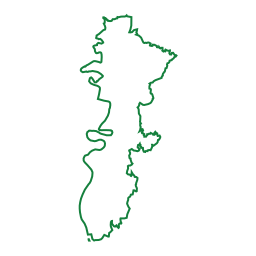 outline of Pirojpur, Barisal, Bangladesh
{"feature_id": "16705992B46028667424095", "entity_name": "Pirojpur", "entity_type": "district", "adm_level": 2, "iso_a3": "BGD", "parent_name": "Bangladesh", "parent_adm1": "Barisal", "projection": "mercator", "projection_center": [89.98, 22.515], "detail": "fine", "context": "isolated", "style": "outline", "palette": "green", "viewbox_px": 256, "rotation_deg": 0, "n_neighbors": 0, "source": "geoboundaries", "source_scale": "gbopen_adm2", "svg_char_len": 5762}
<svg xmlns="http://www.w3.org/2000/svg" viewBox="0 0 256 256"><path d="M87.9,234.6L91.3,234.3L92.4,239.0L94.1,240.5L95.2,240.1L98.6,240.0L101.0,239.3L102.2,238.2L104.3,234.9L108.2,236.6L108.8,236.5L109.2,232.9L110.3,232.2L112.3,230.1L110.9,226.6L110.7,225.0L110.9,222.1L111.5,221.1L112.0,221.0L111.9,223.0L112.1,223.9L113.9,226.2L115.0,226.6L116.4,225.4L117.4,227.0L118.5,227.9L118.9,227.4L118.9,226.0L118.7,225.8L118.8,224.4L119.6,223.5L121.1,223.6L121.4,223.1L120.6,221.2L120.4,219.0L120.6,218.4L124.4,218.4L126.7,217.8L127.3,214.3L129.7,208.6L128.4,206.7L127.1,203.7L127.4,202.1L128.2,199.8L128.2,198.1L128.9,197.3L130.1,196.6L130.8,194.7L132.7,194.4L133.5,190.3L134.2,190.3L135.6,191.2L136.3,191.4L136.7,191.2L136.9,188.2L135.9,186.1L135.7,184.8L136.1,184.3L136.1,183.3L137.3,179.9L137.5,178.0L136.3,177.0L134.7,176.9L134.3,175.6L133.0,174.4L131.7,172.2L131.6,175.4L131.1,176.0L130.7,175.8L130.3,174.7L128.1,174.4L126.8,173.2L127.2,170.9L128.1,168.5L127.9,166.1L128.6,165.6L130.3,165.5L131.8,164.6L132.5,163.6L131.7,162.9L131.3,161.8L130.6,159.7L130.6,158.6L129.7,158.3L129.5,158.0L129.2,155.5L130.1,153.9L130.1,152.6L129.2,150.8L129.2,150.4L131.8,149.0L133.7,150.5L135.5,150.7L137.4,151.2L138.7,150.7L139.2,150.0L138.9,148.2L137.7,147.5L137.7,146.7L138.1,145.0L139.0,144.9L139.8,143.7L140.0,144.5L140.4,144.8L140.2,145.1L140.2,146.2L141.0,146.6L141.1,147.6L141.4,147.3L141.6,147.8L142.9,147.9L143.1,149.9L143.8,151.7L145.0,151.9L145.0,151.5L145.5,151.1L147.5,151.1L147.6,150.4L148.2,150.2L149.4,150.0L150.6,150.2L152.0,147.3L152.3,145.7L152.1,144.8L152.4,144.8L152.7,145.6L153.4,145.8L156.9,143.2L157.6,142.2L158.0,140.0L158.9,139.8L159.4,139.2L159.6,138.4L160.1,137.9L160.3,136.9L159.6,135.5L158.3,135.5L158.0,136.0L157.7,136.0L157.0,134.0L157.2,133.4L155.8,132.5L155.3,131.8L154.4,132.9L155.1,134.2L154.4,134.8L153.2,134.7L153.1,134.2L150.7,132.9L150.1,133.8L149.0,133.7L148.5,134.1L147.2,134.2L147.2,135.2L146.5,135.7L146.1,136.6L144.3,136.7L144.2,135.5L143.8,135.2L144.0,134.7L144.3,134.4L144.3,134.1L143.8,133.8L143.1,133.6L142.9,133.2L142.1,133.2L141.8,132.6L143.1,130.4L142.5,129.1L142.0,129.1L141.6,130.0L139.6,131.2L140.1,130.1L140.7,127.0L140.2,125.7L140.2,123.8L140.9,123.5L140.0,121.9L140.2,120.3L140.4,116.1L138.9,113.6L138.7,109.6L138.3,108.4L137.6,107.4L138.5,106.6L139.2,105.0L139.3,103.8L140.0,102.8L142.9,104.8L144.2,105.0L148.1,104.1L150.3,103.1L151.1,102.4L152.8,99.4L152.6,99.0L153.4,98.1L152.3,94.5L151.7,93.7L150.9,93.6L150.5,92.9L150.9,89.9L150.8,89.3L150.6,89.0L149.4,88.6L149.4,86.5L149.7,85.3L150.2,84.7L150.0,83.9L149.6,83.6L150.7,82.8L152.7,82.5L153.6,81.3L155.4,80.2L161.6,77.9L161.8,76.6L162.8,75.6L162.6,75.2L163.0,73.7L163.5,73.2L163.8,72.4L164.8,71.6L165.5,68.3L166.6,68.0L167.3,65.6L167.0,64.6L167.4,63.3L168.5,63.0L169.3,62.1L169.6,60.7L171.6,60.2L171.6,59.7L173.6,58.4L174.3,57.1L175.7,56.6L176.0,56.2L175.6,55.8L176.3,55.4L176.1,55.2L174.6,55.0L173.1,52.8L171.9,52.9L171.2,54.5L170.0,54.4L169.3,53.1L170.0,50.8L169.9,50.4L169.3,50.7L168.4,50.8L167.3,50.5L165.5,49.6L165.2,50.1L165.5,51.0L165.3,51.4L163.9,51.1L163.4,51.5L162.3,50.6L162.6,49.7L162.5,47.8L161.2,47.8L160.5,48.4L159.9,48.2L159.0,46.9L158.9,47.3L158.4,47.4L157.0,47.2L156.8,45.9L155.4,45.4L154.7,44.8L152.9,44.7L152.7,45.6L152.0,46.0L150.1,45.6L149.9,45.5L149.9,45.1L150.7,43.9L150.6,43.5L148.7,42.5L147.5,42.6L146.7,43.0L145.7,42.7L144.5,43.0L143.6,42.7L143.0,41.8L141.1,37.6L138.9,35.6L136.1,34.6L137.1,33.8L136.3,32.2L136.8,31.3L137.1,29.3L134.0,30.1L132.1,32.1L130.4,32.4L129.3,32.3L130.4,29.5L131.3,25.6L131.4,17.1L127.1,16.3L126.6,15.4L125.9,16.1L124.9,16.5L121.1,16.6L118.7,17.2L117.5,17.0L117.2,18.3L116.6,18.3L114.6,19.2L112.7,19.2L111.6,20.9L110.1,21.1L107.8,20.8L107.6,20.6L107.6,20.1L107.0,20.0L106.6,19.1L105.3,18.0L104.3,18.0L103.9,17.3L103.3,17.4L103.3,18.1L104.2,18.8L104.8,19.9L104.7,22.7L104.5,23.2L103.8,23.5L105.0,26.1L105.4,27.8L105.1,29.5L103.4,30.1L99.0,34.0L96.6,35.5L96.6,36.2L96.1,38.0L96.4,38.3L98.1,38.7L98.8,39.2L100.2,38.9L101.5,39.9L103.1,42.1L103.2,42.6L101.6,43.6L98.3,42.9L97.1,44.0L97.0,45.1L94.6,45.5L93.6,46.0L93.3,46.6L93.5,47.3L94.8,49.1L95.0,51.2L95.9,52.9L96.6,53.2L97.9,53.0L99.0,52.4L100.1,52.3L100.9,52.6L101.2,52.9L101.6,54.6L101.7,57.1L101.4,61.9L100.9,62.4L100.3,62.6L98.9,62.0L95.6,61.2L94.2,61.1L93.4,61.3L88.0,64.7L86.4,65.4L85.6,66.4L85.0,66.7L84.6,66.4L82.9,67.4L81.3,68.6L80.8,69.8L80.8,70.5L81.4,71.4L82.8,72.2L86.5,71.5L87.1,71.9L88.1,71.8L88.9,71.4L90.4,71.4L92.6,71.0L96.9,71.8L98.1,72.2L100.9,74.0L102.8,75.8L102.8,76.3L102.4,76.9L99.2,79.2L97.7,81.0L97.1,81.0L96.8,81.8L96.1,82.3L94.7,82.3L92.2,78.3L91.1,77.4L89.9,78.2L89.1,81.2L90.0,82.5L91.0,83.5L94.1,84.9L97.3,85.8L98.6,86.5L99.4,87.1L99.9,87.9L99.9,89.5L99.0,94.5L97.9,99.0L104.1,100.7L108.6,101.5L109.7,102.2L110.2,103.3L110.3,105.1L109.9,107.9L109.3,109.1L109.0,112.4L107.9,115.7L105.0,120.7L102.1,123.6L100.6,125.6L98.9,128.8L98.9,129.5L99.5,130.0L101.3,130.2L105.5,130.1L110.9,130.3L111.1,130.7L111.9,130.9L112.4,132.3L112.0,133.7L110.9,135.2L106.8,135.3L101.2,133.8L99.6,133.1L99.1,132.4L98.1,132.1L96.2,131.1L93.5,130.8L92.0,130.9L89.7,130.6L88.9,130.8L88.7,131.2L87.5,131.9L86.8,133.6L86.8,134.4L87.4,137.3L88.6,138.9L90.5,140.4L94.7,141.2L96.3,140.9L99.0,139.8L101.0,139.7L102.8,140.4L104.0,141.1L104.5,141.8L105.0,143.4L104.8,145.6L104.5,146.4L103.7,147.5L101.8,149.1L100.8,149.7L99.4,150.0L95.2,149.4L92.2,150.6L90.0,152.2L88.0,154.7L85.1,155.6L84.5,156.4L83.6,158.4L83.7,160.6L84.0,161.2L84.8,162.4L87.6,165.3L91.3,169.6L92.4,172.0L92.5,172.9L92.2,176.5L90.7,181.2L89.5,183.3L88.7,184.1L84.9,189.6L82.6,194.5L81.0,198.7L80.2,202.2L79.7,205.6L79.7,208.7L80.0,212.3L80.9,216.9L81.7,219.4L84.6,223.6L86.3,227.6L87.9,234.6ZM88.9,240.6L89.4,240.6L88.4,238.4L88.8,240.4L88.9,240.6Z" fill="none" stroke="#15803d" stroke-width="2"/></svg>